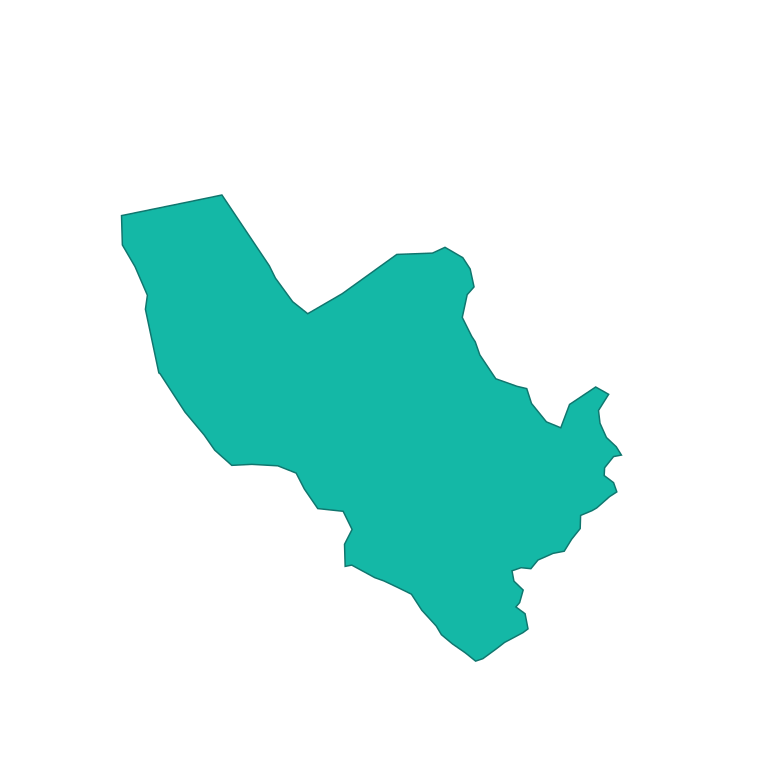 Kellaki, Limassol, Cyprus, rotated 147°
{"feature_id": "46923920B49003106187901", "entity_name": "Kellaki", "entity_type": "district", "adm_level": 2, "iso_a3": "CYP", "parent_name": "Cyprus", "parent_adm1": "Limassol", "projection": "robinson", "projection_center": [33.159, 34.81], "detail": "fine", "context": "isolated", "style": "filled", "palette": "teal", "viewbox_px": 768, "rotation_deg": 147, "n_neighbors": 0, "source": "geoboundaries", "source_scale": "gbopen_adm2", "svg_char_len": 1273}
<svg xmlns="http://www.w3.org/2000/svg" viewBox="0 0 768 768"><g transform="rotate(147 384 384)"><path d="M223.6,195.1L223.4,204.8L226.6,218.0L224.2,233.5L218.5,245.0L201.2,253.0L208.1,266.2L239.5,265.8L259.6,251.0L268.4,263.8L270.9,287.3L266.8,302.4L273.7,309.6L287.4,327.5L287.8,356.2L284.5,369.7L284.5,376.1L282.1,397.2L265.6,413.6L255.6,416.4L249.1,433.5L249.1,447.0L258.4,465.4L272.1,467.4L302.7,485.7L369.9,482.5L409.7,484.5L415.8,502.8L417.4,531.9L415.8,545.5L417.0,630.8L432.2,636.7L512.4,668.2L527.7,643.1L528.9,618.0L534.1,587.3L543.4,576.6L566.8,515.9L566.2,514.5L566.2,491.9L566.2,468.8L562.6,439.1L562.0,420.7L556.0,398.7L538.6,388.6L517.6,373.2L506.2,357.1L508.0,339.3L507.4,315.6L487.6,299.5L490.0,279.4L504.4,271.1L515.9,252.2L509.7,249.7L497.2,226.6L491.4,219.0L483.3,205.9L475.5,192.8L475.5,173.6L472.0,152.5L472.4,142.5L468.1,128.6L462.3,114.4L458.1,101.7L450.7,99.8L434.4,100.7L423.6,101.6L402.9,99.8L396.6,100.2L390.8,114.5L394.8,125.2L389.3,126.8L379.5,135.4L382.4,147.9L378.4,157.6L369.1,155.3L361.4,149.1L350.7,152.5L334.5,149.9L323.9,145.6L311.2,151.6L298.2,155.9L290.7,166.7L278.6,164.5L273.1,164.2L256.1,166.7L247.5,166.7L245.2,176.2L249.2,187.3L244.6,193.6L231.0,198.1L223.6,195.1Z" fill="#14b8a6" stroke="#0f766e" stroke-width="1.5"/></g></svg>